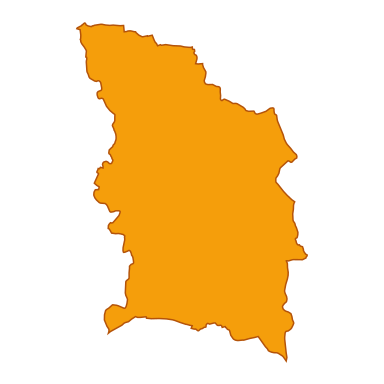 outline of Chaiyo, Ang Thong, Thailand
{"feature_id": "78962969B91278990376837", "entity_name": "Chaiyo", "entity_type": "district", "adm_level": 2, "iso_a3": "THA", "parent_name": "Thailand", "parent_adm1": "Ang Thong", "projection": "natural_earth1", "projection_center": [100.458, 14.673], "detail": "fine", "context": "isolated", "style": "filled", "palette": "amber", "viewbox_px": 384, "rotation_deg": 0, "n_neighbors": 0, "source": "geoboundaries", "source_scale": "gbopen_adm2", "svg_char_len": 5927}
<svg xmlns="http://www.w3.org/2000/svg" viewBox="0 0 384 384"><path d="M294.7,201.8L291.9,199.8L287.2,195.4L283.5,191.4L277.9,184.3L276.1,182.4L275.8,181.4L275.8,178.9L276.0,178.0L277.6,175.8L278.9,173.2L279.9,168.5L280.7,167.5L287.9,160.9L288.6,160.9L290.9,162.3L291.9,162.1L294.8,159.1L296.7,158.0L296.9,156.5L296.6,155.3L296.3,154.6L293.4,152.0L290.6,148.3L287.2,144.5L286.1,142.8L284.3,139.1L283.2,134.9L277.6,121.3L277.2,119.7L276.6,115.4L276.2,114.9L275.0,114.3L274.4,113.3L274.0,111.0L274.0,109.1L273.7,108.3L272.9,107.9L270.8,108.1L269.9,108.4L266.0,111.3L261.3,113.0L257.6,114.1L256.4,114.1L255.4,113.5L254.8,112.8L254.2,111.5L254.0,111.2L253.5,111.1L248.6,111.3L246.1,110.6L245.5,110.0L245.1,109.1L243.4,107.4L237.3,103.8L235.9,103.4L232.9,103.5L229.2,101.2L224.6,99.2L223.6,99.4L222.0,100.6L221.3,100.4L220.6,99.5L220.4,98.9L220.6,95.6L220.2,91.9L220.3,89.0L220.1,88.0L219.6,87.2L218.7,86.7L216.2,86.4L212.6,84.5L208.1,84.6L206.6,84.3L205.5,83.8L204.5,82.2L204.2,80.6L205.4,76.6L205.9,73.0L205.8,71.7L203.5,67.6L202.6,64.7L202.6,63.6L198.1,64.0L195.6,63.7L196.9,59.1L197.0,57.9L196.9,56.8L196.3,55.3L194.9,54.6L194.1,53.6L193.9,52.6L194.1,52.1L194.7,51.4L194.5,49.8L194.4,49.5L194.0,49.3L192.8,49.4L192.4,49.0L192.3,47.0L190.5,47.4L188.4,47.3L184.2,46.9L180.5,46.0L173.1,45.7L165.7,44.6L161.4,45.3L160.5,44.7L157.6,45.8L156.4,43.4L155.3,42.4L154.3,40.5L152.2,35.2L147.5,36.3L147.4,35.8L142.7,36.8L141.8,36.6L138.8,35.1L136.0,32.6L135.6,31.8L134.2,31.7L130.8,30.9L129.2,30.9L127.9,31.0L126.7,31.5L124.2,31.8L123.6,25.5L120.1,25.7L113.1,25.1L109.8,25.4L105.4,25.0L102.1,24.3L100.6,24.3L94.3,25.3L93.3,25.8L92.2,25.9L91.8,26.5L91.2,26.6L88.2,26.0L86.1,24.9L85.6,23.7L85.1,23.1L84.7,23.0L84.0,23.4L82.3,24.9L81.7,25.2L81.6,25.6L77.4,27.8L77.0,28.2L76.8,28.7L80.1,29.7L80.8,35.1L80.7,38.2L80.3,39.6L80.7,40.2L80.8,41.8L81.8,43.8L84.2,47.0L85.8,49.6L86.4,50.9L85.8,57.0L86.6,57.3L86.8,59.1L86.4,60.7L86.3,62.1L86.9,71.0L87.1,72.0L88.2,74.3L89.1,77.1L90.1,78.4L94.6,81.0L96.5,81.4L98.0,80.7L98.9,80.8L100.0,81.6L100.7,82.7L101.7,87.9L101.7,89.3L101.3,90.1L101.0,90.4L98.2,91.5L97.3,92.5L97.1,93.7L97.2,95.1L97.9,97.3L98.5,98.4L99.3,98.7L99.7,98.8L101.1,98.3L102.0,98.3L103.2,98.9L106.5,106.3L109.9,110.5L113.3,113.4L114.5,114.2L114.9,114.8L114.8,117.4L114.8,120.6L114.3,122.0L112.7,124.3L112.4,125.7L113.8,128.8L114.1,130.2L114.7,131.1L115.8,134.2L116.1,136.5L116.1,138.8L115.9,139.9L115.3,141.5L114.7,143.5L113.1,145.2L112.7,146.7L111.5,147.7L109.2,150.0L108.8,152.8L109.0,153.7L110.3,154.6L110.8,155.9L111.7,157.4L112.0,158.7L112.8,159.9L112.8,160.8L111.7,163.1L111.3,163.5L110.3,163.7L109.3,163.5L107.9,162.1L106.5,161.4L105.6,161.4L103.5,162.2L102.8,163.3L102.5,164.4L103.0,166.3L103.0,168.0L100.4,167.3L99.5,168.7L98.2,168.5L97.8,169.9L97.0,171.5L96.9,172.0L97.0,172.5L98.4,173.4L98.5,173.9L94.3,183.2L96.8,185.4L99.1,186.8L99.2,187.0L98.6,189.6L97.5,189.5L97.1,189.8L96.1,189.6L95.2,189.9L95.0,190.5L94.4,191.3L94.0,192.4L93.8,194.7L93.9,195.5L94.9,197.9L96.5,200.0L99.3,202.6L100.5,203.1L105.1,203.5L106.4,204.5L107.4,205.9L109.7,211.2L110.3,211.9L110.8,212.1L111.9,212.0L113.9,211.6L115.6,210.8L116.5,210.8L118.8,210.8L119.6,211.0L120.1,211.4L120.1,212.4L119.0,215.5L114.2,221.2L112.8,222.7L111.7,223.0L110.5,222.7L109.3,224.0L108.4,225.5L108.2,228.5L108.8,228.7L109.5,229.4L111.6,233.1L115.6,233.7L118.4,233.5L120.8,233.9L123.4,234.6L124.8,236.0L124.5,237.1L124.7,238.6L124.7,240.0L123.1,247.6L123.0,250.4L123.3,252.0L123.7,252.4L124.9,252.2L127.6,251.1L128.9,250.4L129.2,250.4L130.1,251.0L130.5,251.5L131.3,253.5L131.6,255.1L132.4,256.2L132.9,257.5L133.4,260.5L133.6,262.5L133.4,263.2L133.1,263.6L131.1,264.4L129.5,266.2L129.5,268.3L129.1,272.8L129.1,278.1L128.5,279.1L126.5,280.6L125.9,281.5L125.8,282.1L125.3,292.9L125.8,295.3L127.2,298.4L127.5,299.6L127.0,303.3L126.1,306.6L125.1,308.1L124.2,308.3L118.3,305.8L116.7,305.3L112.8,304.8L112.4,304.9L108.7,308.2L106.6,309.5L105.6,310.5L104.5,314.8L104.4,320.0L107.0,326.3L108.6,328.7L108.9,329.4L109.0,331.1L108.4,333.2L110.5,331.5L121.9,325.2L124.2,323.1L125.6,322.5L128.5,321.7L131.5,319.2L135.5,316.6L137.6,317.4L140.2,317.4L146.0,316.8L146.3,317.0L146.5,318.2L151.3,318.7L159.0,318.5L166.5,318.9L172.6,319.8L175.0,320.5L180.3,322.5L185.8,324.3L186.8,324.4L189.9,325.3L192.2,325.7L191.2,328.3L194.1,329.1L195.8,329.1L197.6,330.6L198.2,330.8L198.8,330.6L200.4,329.1L202.5,328.5L204.0,327.4L205.8,327.1L206.0,326.7L206.1,325.0L206.7,324.1L207.4,323.5L207.9,323.4L209.6,324.1L213.9,323.0L215.3,323.0L217.0,325.0L217.6,325.4L219.2,325.5L220.1,325.2L221.1,325.4L221.7,326.0L222.2,327.4L224.8,326.6L225.3,326.6L225.6,327.5L226.4,327.9L227.4,329.3L229.1,330.0L229.6,330.7L230.8,335.3L233.0,338.5L233.5,339.1L235.3,340.1L237.2,340.5L238.6,340.5L242.4,340.1L243.9,340.1L250.0,338.4L254.5,337.5L258.2,336.5L265.4,346.7L267.3,348.7L268.4,350.7L269.8,351.5L271.7,352.2L274.0,352.7L277.1,352.8L278.6,353.5L282.5,356.0L283.5,357.1L286.2,361.0L286.9,357.5L286.1,352.3L284.7,339.2L284.7,337.1L285.1,333.2L285.4,332.3L285.9,331.5L286.4,331.3L288.3,330.9L290.7,329.1L291.6,328.0L292.8,325.6L293.7,323.4L293.6,322.3L292.5,319.9L291.9,316.5L290.9,313.6L288.3,312.0L285.6,311.1L284.3,310.2L283.1,308.9L282.6,307.4L282.5,306.5L282.9,305.5L284.6,303.3L285.9,302.3L286.5,301.5L286.7,300.7L287.0,299.0L286.6,296.6L285.1,293.3L284.6,291.4L284.6,290.5L285.7,284.6L287.4,278.9L288.1,275.4L288.2,272.3L287.5,267.7L287.4,263.8L287.3,263.2L286.5,261.5L286.4,260.8L288.6,260.9L292.1,259.8L293.4,259.6L302.5,259.7L305.9,258.0L306.0,257.3L307.0,256.0L307.2,255.1L307.0,254.8L305.5,254.1L305.4,253.7L304.3,252.3L303.4,250.4L303.4,249.3L302.5,246.7L300.4,246.1L299.3,244.8L298.5,245.0L298.0,244.9L296.9,243.8L296.5,243.0L295.9,240.6L295.4,239.5L295.4,238.9L295.5,238.5L296.9,237.8L297.3,237.1L297.8,234.7L297.9,232.3L296.3,227.4L295.5,226.0L294.8,223.3L293.3,221.1L293.0,219.9L292.7,213.9L293.4,209.1L293.5,205.4L293.9,203.5L294.7,201.8Z" fill="#f59e0b" stroke="#b45309" stroke-width="1.5"/></svg>